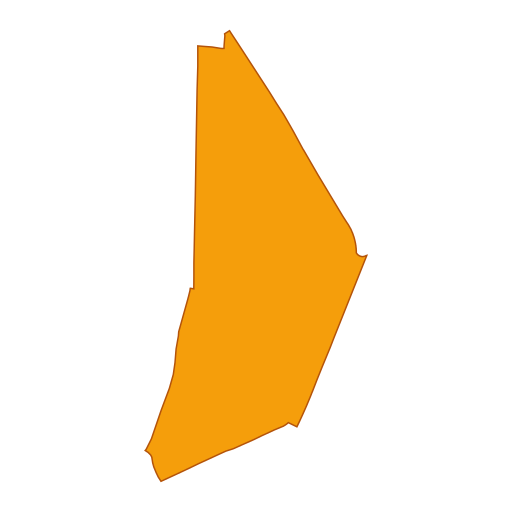 outline of Al Sharabiyya, Al Qahirah, Egypt
{"feature_id": "37247803B22012205190656", "entity_name": "Al Sharabiyya", "entity_type": "district", "adm_level": 2, "iso_a3": "EGY", "parent_name": "Egypt", "parent_adm1": "Al Qahirah", "projection": "albers", "projection_center": [31.264, 30.082], "detail": "fine", "context": "isolated", "style": "filled", "palette": "amber", "viewbox_px": 512, "rotation_deg": 0, "n_neighbors": 0, "source": "geoboundaries", "source_scale": "gbopen_adm2", "svg_char_len": 2045}
<svg xmlns="http://www.w3.org/2000/svg" viewBox="0 0 512 512"><path d="M159.2,478.5L161.0,481.3L173.8,475.4L182.6,471.3L192.5,466.6L198.5,463.7L207.2,459.7L220.2,453.7L225.9,451.1L232.5,449.0L232.9,448.8L233.4,448.7L241.8,444.9L254.0,439.5L261.4,435.9L262.2,435.5L262.9,435.2L274.6,429.8L283.5,426.1L284.4,425.5L285.3,425.0L287.5,423.4L287.9,423.0L288.3,422.6L296.9,426.8L299.5,421.4L302.4,415.1L306.4,406.1L310.0,397.5L311.3,394.3L311.8,392.9L312.4,391.6L317.0,379.7L322.2,366.8L330.1,347.7L331.5,344.1L333.9,337.9L366.8,255.4L366.0,255.6L365.6,255.9L365.0,256.1L364.4,256.3L363.5,256.5L362.9,256.6L362.2,256.6L361.6,256.5L361.0,256.4L360.4,256.2L359.9,256.0L359.3,255.8L358.8,255.4L358.3,255.1L357.8,254.7L357.4,254.3L357.0,253.8L356.6,253.3L356.3,252.7L356.3,251.8L356.3,250.8L356.2,249.9L356.2,249.0L356.1,248.1L356.0,247.2L355.9,246.2L355.8,245.3L355.6,244.4L355.5,243.5L355.3,242.6L355.1,241.7L354.9,240.8L354.7,239.9L354.5,239.0L354.2,238.1L354.0,237.2L353.7,236.4L353.4,235.5L353.1,234.6L352.8,233.8L352.5,232.9L352.1,232.1L351.7,231.2L351.4,230.4L351.0,229.5L350.6,228.7L350.1,227.9L349.7,227.1L349.2,226.3L348.8,225.5L348.3,224.7L347.8,223.9L347.3,223.2L347.1,222.9L346.7,222.3L342.6,215.9L317.9,174.8L303.8,150.4L303.5,149.9L303.1,149.4L301.2,145.9L297.1,138.3L293.2,131.1L289.1,123.9L283.8,114.7L276.6,103.6L269.4,92.0L240.9,48.1L230.4,32.1L230.0,31.4L229.5,30.7L224.6,33.8L224.7,34.5L224.8,35.2L224.9,35.9L224.8,36.7L224.1,45.5L224.0,48.4L222.4,48.5L220.8,48.4L212.0,47.0L203.8,46.4L197.8,45.9L197.8,66.1L197.1,89.9L196.0,152.0L195.5,184.6L195.3,196.7L194.5,233.6L194.2,249.1L193.9,262.8L193.9,277.0L193.8,288.8L190.3,288.3L190.2,288.6L190.0,290.5L188.3,297.4L188.1,297.9L188.0,298.5L180.6,325.0L178.7,331.8L178.4,336.0L176.1,349.0L175.0,362.7L173.3,374.5L171.8,379.8L169.4,388.3L161.1,410.5L155.5,426.9L151.4,438.9L146.7,448.3L146.0,449.6L145.2,450.5L147.0,451.7L148.0,452.3L150.6,454.9L151.2,456.0L151.8,457.2L152.7,462.9L153.8,466.9L156.1,472.5L158.3,477.1L159.2,478.5Z" fill="#f59e0b" stroke="#b45309" stroke-width="1.5"/></svg>